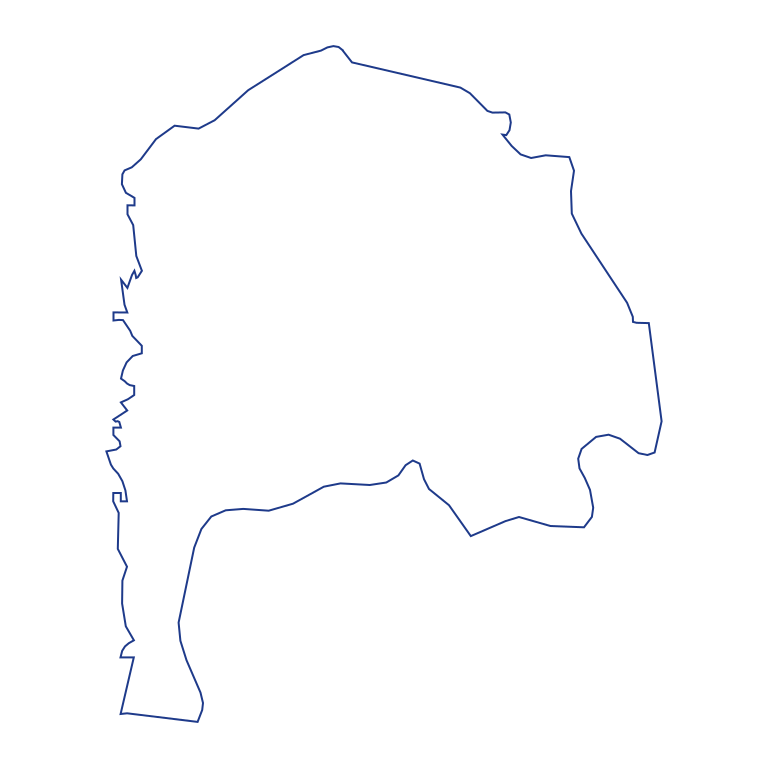 Irbid, orthographic projection
{"feature_id": "JOR-854", "entity_name": "Irbid", "entity_type": "Province", "adm_level": 1, "iso_a3": "JOR", "parent_name": "Jordan", "parent_adm1": "", "projection": "orthographic", "projection_center": [35.72, 32.466], "detail": "fine", "context": "isolated", "style": "outline", "palette": "blue", "viewbox_px": 768, "rotation_deg": 0, "n_neighbors": 0, "source": "natural_earth", "source_scale": "10m", "svg_char_len": 2024}
<svg xmlns="http://www.w3.org/2000/svg" viewBox="0 0 768 768"><path d="M136.2,278.0L137.7,277.3L141.9,270.8L136.3,256.0L133.2,225.1L127.5,214.3L127.5,205.3L134.5,205.4L134.5,197.9L125.9,192.8L121.9,184.2L122.4,174.3L124.6,170.4L131.8,167.3L140.8,159.3L156.0,139.1L174.6,125.7L198.6,128.6L214.7,120.2L248.2,90.2L303.6,55.1L321.0,50.6L327.4,47.4L333.4,46.1L338.6,47.0L342.8,50.3L342.7,50.5L352.0,62.4L460.4,87.6L469.9,93.2L487.4,110.9L492.4,112.6L505.4,112.4L509.3,114.5L510.8,122.5L509.5,130.2L506.3,135.1L502.5,134.6L511.7,146.0L520.6,154.4L531.1,158.0L545.7,155.3L569.3,157.1L574.0,170.7L571.0,191.1L571.8,213.6L581.4,233.6L627.1,302.8L632.8,316.8L633.0,321.9L636.6,322.8L648.8,323.1L661.6,421.3L654.6,452.5L647.4,455.0L638.6,453.2L620.0,438.7L608.6,434.7L596.1,436.9L581.6,448.9L578.2,458.7L579.5,468.4L584.8,478.0L590.0,489.9L593.2,507.7L591.9,516.9L584.0,527.3L550.4,526.0L519.0,517.0L505.5,521.1L470.8,536.1L449.0,505.2L429.0,489.0L424.0,479.2L419.6,463.6L412.8,460.5L405.6,465.2L398.4,475.4L386.3,482.5L369.8,485.0L340.5,483.4L323.8,486.7L293.0,503.7L268.7,510.7L243.3,508.9L225.7,510.3L211.3,516.5L201.4,529.0L194.2,547.6L178.6,622.6L180.4,640.8L186.5,660.2L200.5,692.6L203.0,703.0L202.2,710.0L197.6,721.9L127.1,713.3L120.6,714.0L133.8,657.4L120.5,657.4L122.2,650.8L125.0,646.4L128.8,643.2L133.9,640.3L125.8,626.3L122.1,603.5L122.4,580.6L127.0,566.7L117.8,548.9L118.7,512.9L113.2,501.3L113.3,493.0L120.8,493.0L120.8,501.3L127.0,501.3L125.4,490.4L122.4,481.2L118.2,473.8L113.3,468.5L110.9,464.6L106.4,451.4L116.3,449.5L120.5,446.2L119.6,441.3L113.4,435.0L113.4,427.6L120.9,427.6L119.3,422.0L117.7,421.2L115.6,421.6L113.4,419.5L127.2,410.5L120.9,402.4L127.8,399.3L134.2,395.0L134.2,386.0L129.7,385.1L127.0,383.5L124.7,381.2L121.0,378.6L122.9,370.5L126.6,362.4L132.7,356.0L141.8,353.3L141.8,345.8L132.3,335.9L130.2,330.8L123.0,320.1L118.9,319.9L113.5,320.5L113.5,312.4L127.3,312.5L124.5,304.7L121.1,279.7L127.4,287.9L132.0,275.0L134.4,270.8L135.7,275.1L136.2,278.0Z" fill="none" stroke="#1e3a8a" stroke-width="2"/></svg>